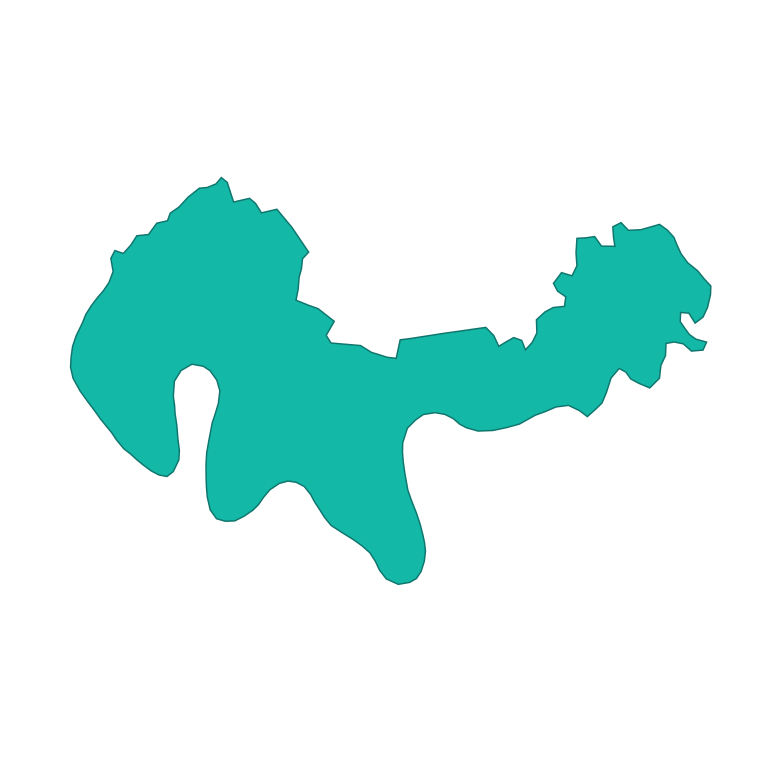 Itá, Santa Catarina, Brazil, rotated 8°
{"feature_id": "56859067B48629479075834", "entity_name": "Itá", "entity_type": "district", "adm_level": 2, "iso_a3": "BRA", "parent_name": "Brazil", "parent_adm1": "Santa Catarina", "projection": "albers", "projection_center": [-52.317, -27.249], "detail": "fine", "context": "isolated", "style": "filled", "palette": "teal", "viewbox_px": 768, "rotation_deg": 8, "n_neighbors": 0, "source": "geoboundaries", "source_scale": "gbopen_adm2", "svg_char_len": 2818}
<svg xmlns="http://www.w3.org/2000/svg" viewBox="0 0 768 768"><g transform="rotate(8 384 384)"><path d="M596.3,191.2L588.7,196.5L590.8,206.5L593.5,215.5L580.2,217.2L572.1,208.7L563.1,211.3L554.8,212.9L555.9,227.3L558.6,240.2L555.1,250.7L544.3,249.0L537.8,260.8L543.0,267.9L551.9,272.4L551.9,282.0L541.0,284.7L533.5,290.1L526.0,299.2L528.3,312.1L525.0,322.2L519.3,330.5L514.3,321.7L506.0,320.0L499.7,324.8L492.4,330.7L486.0,320.8L476.9,313.8L436.9,325.3L418.1,331.0L403.5,335.4L393.9,338.0L392.5,356.9L383.5,357.1L367.1,354.4L355.4,349.2L325.8,350.8L320.0,343.9L326.0,328.9L308.3,318.6L297.7,316.4L285.2,313.3L285.8,302.3L285.1,290.1L286.2,281.5L285.9,271.3L291.0,263.9L271.2,241.9L253.6,225.9L238.8,231.6L231.6,223.0L225.0,218.9L209.7,224.7L200.7,206.2L194.2,202.2L189.7,209.3L181.4,214.1L173.9,215.8L164.1,226.1L156.2,237.5L148.5,244.6L146.9,252.5L136.6,256.4L130.0,268.8L118.6,271.6L114.0,281.6L107.7,291.0L99.0,289.3L96.0,297.6L100.1,310.3L97.5,321.8L93.1,330.8L88.3,338.2L83.3,347.1L79.0,356.7L76.8,365.7L72.5,378.8L70.4,390.0L70.4,401.0L71.3,411.1L75.3,421.6L83.9,433.1L93.3,442.9L101.6,451.2L108.2,458.2L114.9,464.4L120.7,469.7L126.7,476.4L135.3,484.3L143.1,488.8L149.3,493.1L156.5,497.5L165.4,502.4L173.8,505.4L181.9,505.8L187.5,500.1L191.4,487.7L190.6,478.1L187.5,466.9L184.6,453.8L181.2,442.3L179.6,434.4L177.1,425.5L176.0,410.5L181.1,399.0L191.0,391.1L202.6,391.6L209.8,395.0L217.9,403.4L222.4,413.6L222.7,426.0L221.1,436.6L219.3,446.3L218.9,454.7L218.4,465.3L218.0,476.7L218.9,488.2L220.7,500.4L222.4,510.2L224.7,520.4L229.4,532.8L236.9,540.7L246.0,542.0L255.3,540.3L263.7,534.5L271.8,527.1L276.5,520.9L280.3,513.3L285.8,504.5L294.2,497.0L302.3,493.5L310.6,493.5L319.3,496.6L326.8,503.7L331.5,510.2L336.9,516.4L343.6,524.3L351.4,531.5L363.6,537.2L375.4,542.4L384.7,547.3L393.4,553.0L400.2,560.9L405.5,569.0L413.4,576.7L426.0,580.4L437.0,576.9L443.2,572.1L446.8,564.5L448.6,553.9L448.3,543.7L446.3,535.8L443.6,528.3L439.3,517.8L433.8,506.8L427.5,495.7L422.3,485.6L419.7,477.5L417.0,469.3L413.8,458.1L411.8,449.0L410.7,439.7L413.3,424.5L420.2,415.3L427.2,408.7L438.5,405.3L448.6,405.6L457.6,408.7L464.4,413.2L471.6,415.8L483.6,417.5L498.2,414.9L511.5,410.1L523.7,404.8L530.3,399.8L538.2,393.8L547.3,389.0L557.5,382.8L569.6,379.5L581.4,383.2L589.9,388.0L597.1,379.5L602.5,372.5L605.4,361.5L608.0,346.5L614.7,335.9L621.9,338.6L627.7,344.7L636.4,347.9L647.7,350.9L656.0,339.9L655.6,327.1L658.8,316.6L657.6,304.6L665.5,302.0L674.9,302.6L683.9,308.6L695.2,306.0L697.6,297.6L686.6,296.2L679.4,292.4L674.1,286.9L668.6,280.9L667.8,271.9L676.0,271.4L683.6,280.4L690.6,273.3L693.7,263.2L694.9,250.3L694.0,241.5L686.4,235.3L678.9,228.3L667.9,221.7L660.1,213.8L654.9,205.7L650.6,198.3L643.1,192.1L634.6,187.6L626.6,191.2L616.8,195.5L604.6,197.8L596.3,191.2Z" fill="#14b8a6" stroke="#0f766e" stroke-width="1.5"/></g></svg>